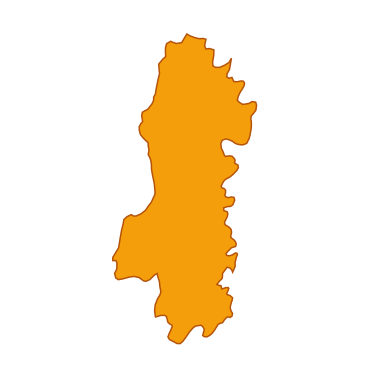 Voranava, Grodno, Belarus (Natural Earth projection), rotated 301°
{"feature_id": "67162791B43104058935452", "entity_name": "Voranava", "entity_type": "district", "adm_level": 2, "iso_a3": "BLR", "parent_name": "Belarus", "parent_adm1": "Grodno", "projection": "natural_earth1", "projection_center": [25.132, 54.061], "detail": "fine", "context": "isolated", "style": "filled", "palette": "amber", "viewbox_px": 384, "rotation_deg": 301, "n_neighbors": 0, "source": "geoboundaries", "source_scale": "gbopen_adm2", "svg_char_len": 3548}
<svg xmlns="http://www.w3.org/2000/svg" viewBox="0 0 384 384"><g transform="rotate(301 192 192)"><path d="M327.0,156.9L322.1,157.0L317.9,154.9L313.1,151.6L310.9,147.8L310.9,145.0L313.7,142.9L320.9,140.0L325.1,137.5L324.0,133.1L321.7,130.3L324.0,127.4L330.1,125.3L329.3,122.4L327.0,119.0L325.6,114.2L324.8,109.8L324.8,106.2L318.1,106.2L314.7,106.2L311.3,102.2L310.5,98.9L310.2,96.1L306.0,93.8L301.8,95.1L298.5,97.0L294.5,99.7L291.2,98.6L284.5,97.6L280.6,100.3L276.9,103.1L269.7,105.4L261.6,108.3L257.0,110.2L253.6,110.3L250.7,111.9L247.0,112.3L240.0,111.5L237.3,109.7L234.8,108.4L231.8,109.4L228.5,112.1L226.7,113.5L224.4,112.9L220.8,113.1L217.8,115.0L214.7,118.2L213.3,121.9L212.4,125.2L211.7,128.9L208.8,130.9L205.6,133.6L201.5,135.2L199.9,137.9L197.9,140.4L194.7,143.0L190.8,145.5L187.2,148.5L179.7,155.4L173.4,160.0L171.0,161.4L162.4,162.4L156.9,161.8L152.6,161.6L146.9,159.5L142.6,156.4L141.3,154.2L141.3,151.6L137.2,148.9L133.3,147.8L129.5,149.3L123.0,151.3L115.2,154.3L106.4,157.8L100.1,157.8L95.1,157.8L92.4,159.4L94.0,162.2L92.4,164.3L87.2,167.2L82.3,167.6L79.1,170.9L78.9,174.0L81.6,177.1L86.6,181.9L89.8,185.8L91.4,190.6L90.9,196.1L91.6,198.4L95.2,201.0L101.3,202.5L104.2,204.1L101.1,207.1L98.4,210.2L94.6,213.0L90.3,216.8L87.1,217.5L82.4,217.5L76.3,218.6L71.1,221.0L66.3,224.8L66.1,225.1L70.2,228.9L72.2,232.2L72.1,234.1L70.7,235.7L68.1,238.2L67.4,240.6L67.5,243.2L66.7,244.3L62.4,245.0L59.2,245.3L55.4,246.0L53.9,248.8L54.2,252.6L54.4,257.2L56.0,260.0L59.5,261.1L64.5,261.6L70.5,261.9L76.2,262.9L78.8,264.0L82.3,268.1L82.3,270.2L80.7,273.2L77.8,274.1L74.5,275.1L74.3,276.8L75.5,279.4L78.6,281.2L81.6,282.1L86.0,282.5L88.0,282.5L92.0,282.6L93.8,283.7L95.8,285.5L99.6,285.7L102.3,286.4L103.5,287.1L104.1,289.3L106.3,290.2L108.8,289.3L110.0,287.0L111.7,285.0L113.8,283.7L117.8,282.6L120.2,282.1L120.6,281.9L122.2,281.3L122.8,278.3L122.5,276.4L122.2,274.6L123.3,273.9L125.3,273.8L128.3,273.2L128.7,272.1L127.5,270.3L126.2,269.2L124.3,267.6L125.3,266.4L126.7,265.0L125.9,263.4L125.5,261.0L129.4,261.4L133.5,262.4L135.5,261.5L137.9,260.1L142.9,260.6L145.7,260.9L146.4,263.5L145.7,266.2L144.2,268.1L147.7,267.7L150.7,267.2L153.5,265.4L155.4,264.7L159.4,263.5L161.7,263.2L162.7,262.0L162.0,260.5L158.7,258.9L156.4,256.7L155.5,254.3L156.9,252.8L159.5,253.3L164.4,254.5L166.0,255.8L167.7,257.4L169.9,256.9L171.5,255.3L172.4,253.4L172.7,251.1L173.0,248.8L174.7,247.7L178.0,246.6L180.1,244.7L180.8,242.6L181.0,239.5L180.9,237.3L182.9,235.4L186.0,235.2L189.2,234.9L192.0,233.8L193.2,232.3L192.9,230.8L192.4,229.0L194.7,227.3L197.9,230.0L199.4,232.4L202.0,233.6L207.0,232.8L209.0,230.8L208.0,228.3L205.9,226.1L205.2,223.5L206.0,221.9L208.7,221.1L210.9,219.8L211.5,217.5L210.9,215.6L211.8,214.1L215.7,213.6L218.8,213.8L221.2,214.8L224.3,216.7L228.5,218.2L233.3,219.3L236.8,219.2L238.7,217.6L238.7,215.3L239.0,213.4L241.6,212.5L242.6,210.5L243.3,207.9L242.4,205.8L241.1,203.9L239.6,202.3L240.5,200.3L241.8,198.8L243.3,196.7L244.7,194.5L248.5,191.7L252.0,191.3L255.0,193.8L255.9,197.0L256.3,200.8L256.0,203.6L256.2,205.7L257.3,209.0L258.8,211.5L261.8,213.8L266.8,213.5L270.5,212.5L273.0,211.5L275.3,210.7L278.6,209.2L281.3,207.6L283.2,206.4L284.7,204.9L287.6,203.6L291.7,204.3L295.0,204.6L295.8,204.3L299.7,202.6L301.8,200.3L300.5,197.0L297.3,195.2L295.5,193.2L293.2,190.3L293.2,186.8L293.9,183.6L298.1,182.3L302.8,181.9L306.7,182.1L310.1,181.9L312.7,180.7L313.4,178.7L312.1,176.4L309.8,174.0L308.2,170.9L309.8,168.6L310.8,167.2L308.5,165.2L308.6,162.5L311.5,161.2L316.4,161.0L327.0,156.9Z" fill="#f59e0b" stroke="#b45309" stroke-width="1.5"/></g></svg>